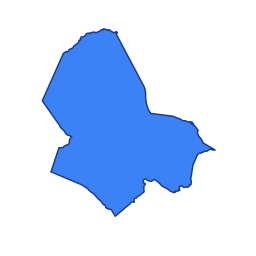 Silca, Olancho, Honduras (Robinson projection), rotated 108°
{"feature_id": "27666195B60662999354453", "entity_name": "Silca", "entity_type": "district", "adm_level": 2, "iso_a3": "HND", "parent_name": "Honduras", "parent_adm1": "Olancho", "projection": "robinson", "projection_center": [-86.53, 14.775], "detail": "fine", "context": "isolated", "style": "filled", "palette": "blue", "viewbox_px": 256, "rotation_deg": 108, "n_neighbors": 0, "source": "geoboundaries", "source_scale": "gbopen_adm2", "svg_char_len": 5458}
<svg xmlns="http://www.w3.org/2000/svg" viewBox="0 0 256 256"><g transform="rotate(108 128 128)"><path d="M215.8,112.9L200.3,103.2L200.1,103.0L199.7,102.7L197.9,102.1L197.5,101.9L197.2,101.5L196.9,100.9L196.8,100.5L196.8,99.5L196.7,99.3L196.4,99.3L195.9,99.4L194.5,100.3L193.9,100.2L193.2,100.0L192.9,99.8L192.6,99.2L191.9,98.3L191.3,98.1L190.5,98.0L190.1,97.8L189.8,97.6L189.2,96.6L188.7,96.2L187.3,95.2L185.9,94.6L185.1,93.9L184.7,93.5L183.8,93.0L182.5,93.4L181.0,94.2L180.4,94.4L179.1,94.7L178.5,94.8L177.7,94.7L177.3,94.6L176.3,94.2L175.8,94.3L175.5,94.5L175.5,95.5L175.3,96.4L175.2,96.6L174.7,96.6L174.4,96.7L173.9,97.0L173.5,97.1L172.8,97.2L172.6,97.1L172.0,96.7L171.1,95.9L171.0,95.6L171.0,95.2L171.2,94.7L171.7,93.5L171.8,93.0L171.8,90.8L171.7,89.8L171.5,89.3L171.4,89.1L170.0,88.1L169.3,87.5L168.8,86.8L168.8,86.5L168.8,86.3L170.2,82.4L170.7,81.4L172.2,78.5L172.6,77.7L172.9,76.7L173.1,75.8L173.4,74.1L173.4,73.3L173.4,72.4L173.7,72.1L173.7,71.6L173.9,71.1L174.2,70.4L174.4,69.6L174.7,69.1L174.9,68.4L175.0,67.7L175.1,66.0L175.3,65.0L175.3,64.7L175.2,64.4L174.9,63.7L174.2,63.1L174.0,63.7L173.9,63.8L173.4,62.9L172.4,60.9L172.1,60.5L171.9,60.3L171.6,60.4L171.4,60.3L171.3,60.1L171.3,59.7L171.2,59.6L171.0,59.9L170.9,60.0L170.3,60.2L170.2,60.6L169.9,60.8L169.7,60.8L169.4,60.6L169.1,60.6L168.8,60.8L167.9,61.2L167.7,61.2L167.4,60.9L167.6,60.6L167.5,60.3L167.3,60.1L166.5,59.4L166.4,59.3L166.4,59.1L166.4,58.9L166.5,58.6L166.7,57.9L166.9,57.3L167.3,56.8L167.3,56.4L167.1,56.0L166.8,55.5L165.9,54.2L166.0,53.6L166.0,53.2L166.0,52.9L165.9,52.8L165.5,52.6L165.0,52.4L164.3,52.2L163.9,52.2L163.9,51.4L162.8,51.3L162.6,51.1L162.1,50.6L161.7,50.6L161.1,50.8L160.7,51.0L159.2,51.3L157.5,52.4L156.9,52.7L155.7,52.8L153.9,53.1L153.0,53.2L143.4,54.8L132.1,53.7L131.9,53.6L131.7,53.4L130.6,53.0L130.1,52.5L129.9,52.4L129.6,51.7L129.7,51.3L129.5,51.0L129.2,50.7L128.7,50.4L128.4,50.1L128.0,49.5L127.4,48.7L126.5,48.0L126.3,47.8L126.1,47.3L125.9,46.3L125.7,45.9L124.3,44.6L123.6,44.1L122.9,43.6L122.6,43.4L122.5,43.2L122.8,41.5L122.8,41.0L122.6,40.3L122.4,39.6L122.3,38.8L122.1,38.1L119.2,51.1L119.3,51.5L119.1,51.7L118.6,52.3L117.8,53.0L117.0,53.7L115.6,55.4L115.0,56.3L114.5,57.5L114.4,57.6L114.1,57.6L113.7,58.5L113.4,59.0L113.2,59.1L112.9,59.1L112.7,59.2L111.8,60.2L111.5,60.5L111.2,60.7L110.9,60.7L110.2,60.6L109.4,60.4L108.8,60.6L108.3,61.0L107.6,62.1L106.3,63.8L105.2,65.8L105.1,66.3L105.2,66.9L105.1,67.0L104.9,67.1L104.3,66.8L104.0,66.8L103.6,68.0L103.2,68.2L103.0,68.4L103.8,68.7L104.2,69.0L104.5,69.4L104.6,69.6L104.5,69.8L104.4,69.9L103.8,69.8L102.7,69.9L102.6,70.0L102.6,70.3L102.7,70.6L103.3,72.0L103.7,73.3L103.7,73.8L103.5,74.7L103.4,75.3L103.5,76.2L103.9,77.3L104.1,77.9L104.1,78.4L104.0,78.9L103.4,80.3L103.4,81.4L103.0,89.4L107.1,110.8L106.9,111.1L105.2,113.2L104.5,114.0L102.6,115.6L99.7,117.7L96.5,119.4L95.3,119.9L92.4,121.1L91.0,121.5L89.9,121.9L86.5,123.5L85.6,124.0L84.2,125.0L41.4,169.2L41.0,167.7L40.7,167.5L40.4,167.7L40.3,168.2L40.2,168.8L40.2,169.4L40.7,169.4L41.0,169.4L41.1,169.5L41.2,169.8L41.4,170.7L41.8,171.2L41.9,171.3L41.8,171.5L41.6,171.9L41.4,172.2L41.5,172.8L41.3,173.7L40.8,175.1L40.5,175.7L40.4,176.0L40.4,176.4L40.5,176.6L41.0,177.0L41.5,177.3L41.5,177.8L41.1,178.2L40.9,178.6L41.0,178.7L41.1,178.9L41.2,179.0L41.2,179.5L41.1,180.2L41.2,181.6L41.2,181.9L42.2,181.9L42.4,182.0L42.5,182.2L42.7,183.4L42.8,183.6L43.2,183.6L43.5,183.8L43.6,184.2L43.7,184.4L43.9,184.4L44.2,184.4L44.5,184.5L44.8,185.2L45.4,185.7L46.0,186.4L47.3,188.0L47.2,189.0L47.2,189.4L47.2,189.7L47.3,190.1L47.9,190.9L48.0,191.4L48.3,192.0L49.1,192.4L49.2,192.6L49.3,192.9L49.2,193.4L49.9,193.8L50.3,194.0L49.9,194.5L50.2,195.2L50.9,196.2L51.0,196.6L51.4,196.8L52.1,196.9L53.3,197.2L53.9,197.5L54.2,197.8L54.7,198.4L55.1,198.8L55.3,199.1L55.4,199.3L55.6,200.3L55.9,200.7L56.3,200.7L56.8,200.6L57.1,200.6L57.3,200.6L57.5,200.9L57.9,200.9L58.1,200.9L58.6,200.5L58.8,200.3L59.0,200.4L59.4,200.9L59.6,201.2L59.7,201.5L59.8,201.6L60.6,201.8L61.2,201.6L61.7,201.5L62.1,201.6L62.6,201.6L62.8,201.9L63.2,201.9L63.3,201.9L63.5,202.1L63.6,202.5L63.8,202.7L64.1,202.9L64.7,203.1L65.2,203.5L65.9,204.3L66.4,204.7L66.9,204.9L68.1,205.0L69.0,205.3L69.2,205.5L69.7,206.2L70.0,206.3L70.8,207.4L71.7,208.3L71.9,208.4L72.3,208.4L73.6,208.5L73.8,208.5L74.3,209.4L74.4,210.2L74.6,210.7L75.0,210.9L75.5,211.1L76.1,211.9L76.9,212.3L77.0,212.5L128.6,217.9L145.4,195.6L145.6,195.4L145.9,194.8L146.1,194.5L146.4,194.2L147.0,193.8L147.4,193.4L148.9,191.4L149.6,189.6L150.3,188.2L151.4,186.8L152.4,185.5L152.8,184.8L153.3,183.9L153.4,183.3L153.2,182.6L153.2,181.9L153.3,181.3L153.5,180.8L153.6,179.7L153.6,179.0L153.7,178.9L155.9,179.7L157.0,179.9L158.6,179.8L160.0,179.2L160.5,179.1L161.0,179.1L161.4,179.3L161.8,179.6L162.6,180.3L163.4,181.5L163.9,182.0L165.2,183.1L166.3,183.6L166.5,183.8L166.9,184.4L167.2,184.9L167.3,185.3L167.8,186.7L168.1,187.5L193.5,187.7L196.3,154.6L196.7,153.2L197.9,148.2L198.3,147.4L199.4,145.6L199.6,145.2L199.9,144.3L200.4,143.2L201.2,140.1L202.1,138.6L203.0,137.2L203.4,136.7L203.9,135.3L204.1,134.8L204.5,134.3L204.9,133.9L205.1,133.6L205.3,132.9L205.5,131.8L205.6,131.6L205.7,131.4L206.9,130.1L207.1,129.8L207.3,129.3L207.5,128.9L207.8,128.6L208.2,128.2L208.4,128.0L208.4,127.6L208.1,126.7L209.4,125.1L209.6,125.0L210.3,124.7L210.5,124.5L210.6,124.3L210.8,123.9L210.8,123.3L211.2,122.1L211.2,121.8L211.2,121.5L210.8,120.4L210.7,119.7L210.7,119.3L210.9,118.7L211.1,118.4L215.8,112.9Z" fill="#3b82f6" stroke="#1e3a8a" stroke-width="1.5"/></g></svg>